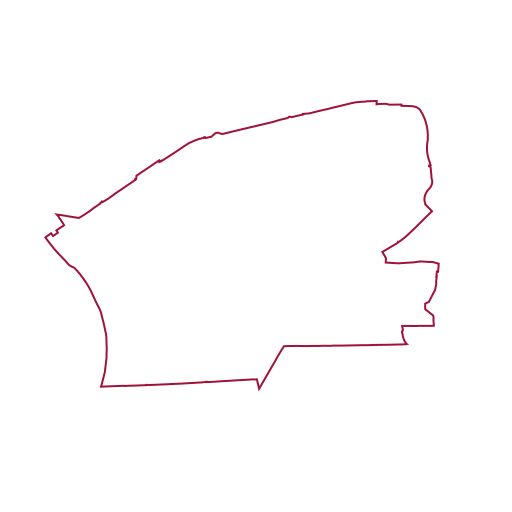 outline of Nieuwegein, Utrecht, Netherlands, rotated 75°
{"feature_id": "6326949B74966835804561", "entity_name": "Nieuwegein", "entity_type": "district", "adm_level": 2, "iso_a3": "NLD", "parent_name": "Netherlands", "parent_adm1": "Utrecht", "projection": "orthographic", "projection_center": [5.098, 52.03], "detail": "fine", "context": "isolated", "style": "outline", "palette": "rose", "viewbox_px": 512, "rotation_deg": 75, "n_neighbors": 0, "source": "geoboundaries", "source_scale": "gbopen_adm2", "svg_char_len": 5934}
<svg xmlns="http://www.w3.org/2000/svg" viewBox="0 0 512 512"><g transform="rotate(75 256 256)"><path d="M369.4,102.3L364.4,101.3L361.6,100.5L360.4,100.3L359.3,100.3L358.5,100.9L351.2,106.3L348.7,105.7L345.8,104.9L345.1,100.9L340.2,96.5L335.1,91.8L329.8,89.2L329.0,88.9L327.5,88.7L322.5,86.7L322.4,87.1L317.8,85.3L318.3,84.2L317.8,84.0L315.6,83.2L312.5,82.1L310.7,81.5L310.1,82.6L309.5,83.6L308.5,85.3L307.8,86.5L307.4,87.2L307.1,87.9L307.1,88.4L307.1,88.7L307.0,88.9L306.7,89.8L306.2,91.4L304.9,95.3L303.9,98.1L303.8,98.4L303.8,99.1L303.7,99.1L303.0,105.1L301.6,111.9L300.0,120.2L297.1,128.8L295.9,132.4L291.6,131.0L284.8,132.9L283.3,127.5L282.8,125.9L282.4,124.5L282.3,123.9L281.8,122.3L281.0,119.2L280.6,118.0L280.4,117.1L280.0,116.0L279.8,115.9L279.7,115.8L279.8,115.8L279.4,114.6L278.7,112.5L277.9,110.6L276.1,106.4L271.9,98.5L269.3,93.8L263.6,83.9L258.3,74.4L250.2,79.0L250.1,78.8L249.6,78.9L247.7,79.0L246.1,78.9L244.4,78.5L242.8,77.9L241.2,77.0L239.9,76.1L238.7,75.0L237.3,73.5L235.1,70.2L234.3,69.3L233.1,68.2L232.8,68.0L231.8,67.3L230.5,66.7L228.2,66.2L227.7,66.4L227.0,66.4L221.0,65.3L215.7,64.4L215.1,64.5L214.5,65.0L214.2,65.6L213.4,65.4L213.5,63.9L211.4,63.9L206.1,64.2L202.8,64.1L198.8,63.6L195.6,62.8L192.7,61.9L189.5,60.6L188.4,60.0L188.1,60.0L186.6,59.5L185.2,59.2L183.9,58.7L183.2,58.6L182.2,58.4L181.6,58.3L181.0,58.2L179.3,57.9L176.0,57.5L174.7,57.4L174.0,57.4L173.2,57.4L170.5,57.4L169.4,57.4L167.3,57.6L165.7,57.8L165.0,57.9L164.2,58.0L162.2,58.4L161.6,58.5L160.7,58.8L159.1,59.3L158.4,59.4L157.7,59.5L157.4,59.6L156.4,60.2L155.5,60.9L155.0,61.3L154.2,62.1L153.8,62.5L153.5,63.0L153.4,63.2L152.8,64.0L152.2,65.3L151.7,66.4L151.5,67.0L151.2,67.8L151.0,68.8L150.5,70.1L150.2,71.2L149.0,75.3L148.8,75.9L148.6,76.6L148.1,76.4L147.4,76.3L147.1,77.3L145.7,82.8L144.4,87.9L142.6,91.2L141.9,94.0L141.3,96.5L140.6,99.4L140.8,99.5L140.6,100.3L137.5,99.3L136.1,105.3L135.3,108.8L135.2,109.1L135.2,110.2L135.2,110.3L134.5,113.5L134.0,115.8L133.8,117.4L133.3,120.5L133.2,121.8L133.1,124.3L133.0,127.5L133.0,129.6L132.9,131.5L132.8,137.4L132.6,143.8L132.6,147.4L132.2,158.1L132.1,166.3L131.9,168.6L131.7,169.7L131.0,173.3L130.9,173.8L131.5,173.8L131.3,178.9L131.3,179.2L131.2,180.2L131.2,181.1L131.2,182.9L131.2,184.0L131.1,185.5L130.0,187.8L130.8,189.3L130.9,190.3L130.9,190.5L130.8,192.9L130.7,196.4L130.7,199.4L130.9,204.8L130.9,205.6L130.4,223.6L130.2,228.7L130.2,229.0L130.1,231.9L130.1,233.6L130.0,234.3L129.9,238.4L129.5,256.3L128.9,258.1L126.9,261.1L126.9,263.6L129.2,268.1L129.0,274.3L127.9,274.6L127.9,275.4L128.4,275.4L128.3,277.2L128.2,281.2L128.3,282.1L128.6,285.5L129.0,287.8L129.6,291.5L131.1,296.3L131.8,298.4L133.5,303.2L135.2,308.2L137.6,315.5L138.1,317.2L140.0,323.2L139.5,323.2L139.8,324.0L140.1,324.9L139.6,324.8L138.6,324.8L139.0,326.0L140.1,329.3L141.2,332.4L145.2,344.0L145.3,344.4L146.3,347.2L147.5,350.7L147.8,350.8L148.5,351.0L150.2,351.6L151.0,352.1L151.3,352.9L150.8,353.1L151.3,353.5L151.6,354.0L152.0,355.0L155.4,364.7L159.0,375.2L159.7,377.0L159.8,377.0L162.6,384.5L163.6,388.1L164.2,390.3L163.5,390.7L163.7,391.0L164.8,393.0L165.1,392.9L167.1,398.8L168.0,401.3L169.3,404.2L171.7,411.3L172.0,412.2L172.3,413.2L173.4,417.2L172.6,419.1L169.1,427.0L167.5,430.4L167.4,430.6L166.5,432.7L165.2,435.7L164.8,436.8L164.4,437.7L165.0,437.4L165.7,437.0L166.7,436.6L167.2,436.4L168.2,436.2L168.6,436.1L169.0,436.0L169.1,435.8L169.3,435.7L175.1,433.8L175.9,433.7L176.6,433.4L176.9,434.2L177.8,436.9L179.6,442.2L182.2,441.3L184.2,446.9L181.0,448.0L183.5,454.6L187.3,453.2L192.0,451.2L193.9,450.3L195.9,449.5L198.1,448.5L198.9,448.1L199.9,447.6L202.8,446.1L203.2,445.9L203.7,445.6L205.3,444.7L205.6,444.5L210.2,442.0L211.6,441.2L212.5,440.8L216.0,439.1L216.4,438.8L216.6,438.6L217.5,437.8L218.0,437.3L218.6,436.7L219.1,436.1L220.3,434.6L223.8,432.7L226.9,431.2L229.0,430.3L231.7,429.2L234.5,428.1L237.2,427.2L239.7,426.4L241.8,425.8L244.9,425.0L246.7,424.6L254.2,423.3L257.1,422.8L261.3,422.0L265.7,421.0L266.7,420.8L268.2,420.6L268.9,420.5L270.2,420.4L273.1,420.4L277.2,420.5L280.4,420.5L286.8,420.8L290.3,421.0L291.7,421.0L292.5,421.1L292.9,421.1L294.4,421.3L295.1,421.4L295.8,421.6L299.2,422.4L303.1,423.3L307.9,424.4L309.6,425.0L312.2,425.8L314.6,426.4L316.6,427.1L328.6,431.9L330.0,432.6L341.0,438.8L342.1,439.5L343.8,432.0L343.9,431.5L345.0,426.7L346.7,419.2L346.8,418.7L346.9,418.4L347.0,418.2L347.1,417.6L347.2,417.3L347.4,416.5L347.5,416.5L347.6,416.3L347.7,415.9L348.3,412.9L350.0,405.7L350.9,401.8L351.0,401.1L351.5,399.2L352.2,396.2L352.1,395.9L352.1,395.6L352.3,395.7L352.7,393.6L353.6,389.9L355.6,380.8L356.8,375.4L357.2,373.7L357.5,372.1L360.1,360.4L360.2,359.8L360.4,358.8L362.6,348.3L363.5,343.6L364.0,341.6L364.2,340.4L364.7,336.4L365.0,336.5L366.1,331.5L366.9,327.6L367.9,322.4L369.0,317.0L369.7,313.8L370.7,308.6L371.8,303.3L372.1,302.2L372.3,300.8L372.6,299.5L373.0,297.9L373.4,295.4L373.8,293.8L374.0,292.8L374.1,292.0L374.3,291.4L374.4,290.9L374.8,289.7L375.0,289.1L375.1,288.4L375.3,287.1L376.2,287.1L379.8,287.2L385.1,287.4L362.2,264.5L357.9,260.3L352.7,254.9L350.4,252.4L350.8,250.4L352.1,245.0L352.4,243.9L353.4,240.0L354.1,237.5L354.2,237.2L354.5,236.2L354.9,234.7L355.3,233.4L356.5,228.8L357.4,225.1L357.6,224.3L358.5,220.9L359.1,218.7L359.4,217.5L359.5,217.2L359.6,216.2L359.7,215.9L360.4,213.2L360.7,212.1L361.4,209.7L361.8,208.1L362.0,207.3L362.4,205.6L362.4,205.4L362.7,203.9L364.2,198.4L365.0,195.3L369.2,178.3L370.8,172.2L372.1,166.7L373.0,162.9L374.5,157.0L376.1,150.7L377.2,146.1L379.4,137.1L380.1,133.4L380.1,133.2L380.0,133.3L378.3,133.9L377.5,134.2L376.4,134.5L375.6,134.6L374.7,134.8L373.1,134.9L372.3,134.9L370.8,134.8L369.8,134.7L368.8,134.7L367.5,134.7L367.1,134.7L366.8,134.6L366.6,134.5L366.5,134.4L366.2,133.8L365.8,133.4L365.7,133.3L364.8,133.2L363.0,133.1L361.4,133.0L361.4,132.8L361.7,131.9L361.7,131.6L364.5,121.5L365.2,118.9L365.6,117.0L366.0,115.5L367.7,109.1L368.9,104.6L369.2,103.2L369.4,102.3Z" fill="none" stroke="#9f1239" stroke-width="2"/></g></svg>